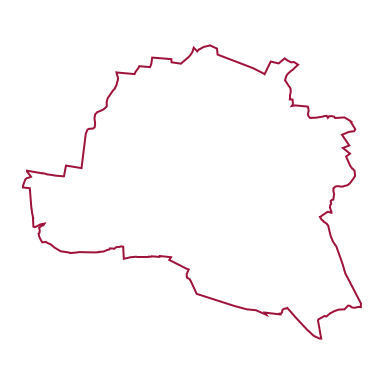 outline of Bacia, Hunedoara, Romania
{"feature_id": "2599482B44278673032594", "entity_name": "Bacia", "entity_type": "district", "adm_level": 2, "iso_a3": "ROU", "parent_name": "Romania", "parent_adm1": "Hunedoara", "projection": "equal_earth", "projection_center": [23.024, 45.805], "detail": "fine", "context": "isolated", "style": "outline", "palette": "rose", "viewbox_px": 384, "rotation_deg": 0, "n_neighbors": 0, "source": "geoboundaries", "source_scale": "gbopen_adm2", "svg_char_len": 4372}
<svg xmlns="http://www.w3.org/2000/svg" viewBox="0 0 384 384"><path d="M321.2,338.6L318.0,320.4L318.4,319.4L324.5,316.0L326.3,316.5L329.5,313.9L330.4,313.1L331.7,312.6L333.8,311.4L338.2,309.7L340.1,309.5L344.4,309.4L348.1,305.6L349.8,305.8L351.9,307.4L354.3,307.8L357.4,307.2L358.8,306.9L360.9,307.1L360.8,305.1L361.0,303.6L347.3,277.1L345.3,273.4L342.8,264.8L340.2,257.2L336.3,246.4L335.5,245.4L332.6,240.9L332.4,240.3L331.8,238.7L331.5,237.9L331.0,236.7L330.5,235.5L330.2,234.0L329.7,232.1L329.2,230.0L328.9,228.6L328.4,226.6L328.4,226.0L326.6,223.6L325.2,222.7L324.1,221.9L323.6,221.7L323.2,220.8L321.6,219.7L321.3,219.1L319.9,216.9L321.1,216.4L321.7,215.8L323.0,214.9L325.7,213.1L326.6,212.5L327.9,211.8L331.4,212.8L331.4,211.5L330.9,210.7L330.3,208.5L330.0,207.6L330.2,205.2L330.8,204.5L331.2,203.7L330.8,202.2L330.7,200.9L331.8,200.0L333.3,199.6L333.7,196.9L334.1,194.5L334.2,194.2L333.9,193.5L333.7,192.1L333.4,191.1L333.5,188.8L333.4,188.3L334.3,187.5L335.3,186.7L336.1,186.3L337.4,186.2L338.8,186.2L340.3,186.6L343.1,186.5L344.5,185.9L347.0,185.4L348.5,184.5L350.3,182.8L353.3,178.7L355.0,176.1L354.7,171.6L354.3,170.4L353.3,169.5L352.9,168.9L352.0,168.4L351.5,167.6L350.8,166.6L350.0,165.4L346.1,156.5L350.0,153.6L342.9,148.0L349.3,145.5L342.0,134.8L348.9,131.9L354.2,131.2L355.3,129.2L353.9,127.0L353.0,125.5L351.9,123.7L350.9,122.2L351.4,121.8L349.7,120.5L344.4,117.4L335.8,118.0L334.9,117.9L334.1,116.6L331.4,116.1L330.0,116.3L329.5,116.2L329.1,116.2L327.9,117.8L326.7,115.8L323.7,116.2L323.4,116.5L315.9,117.7L309.9,117.9L309.4,117.2L308.7,116.3L308.3,115.7L308.0,114.3L308.1,113.4L308.3,111.9L308.7,110.9L308.4,109.0L307.8,106.6L295.0,105.4L291.8,106.0L292.5,105.0L292.8,104.2L292.9,103.4L292.8,102.5L292.7,101.2L292.6,100.0L292.5,99.5L289.8,99.4L289.9,98.6L290.1,97.6L290.0,96.4L290.1,94.7L290.4,93.6L290.6,92.7L290.7,91.6L290.7,90.5L290.6,89.0L289.8,87.3L288.7,85.9L287.4,83.8L285.9,81.5L285.0,80.3L286.1,76.7L286.2,76.3L287.0,74.9L287.9,73.7L291.1,70.9L292.5,69.9L294.4,68.2L295.3,67.2L296.8,65.9L298.1,64.7L293.9,62.0L291.2,62.4L287.4,60.4L284.7,58.4L278.7,63.4L270.7,61.6L264.6,74.2L264.3,74.0L263.6,73.5L253.0,68.1L217.6,54.6L217.0,48.6L210.1,45.4L204.0,46.9L201.9,47.9L200.4,48.9L199.2,49.2L198.8,49.6L197.2,51.4L196.1,50.1L195.3,49.3L194.9,49.0L194.5,48.5L193.7,47.7L192.7,51.3L191.9,52.8L190.2,55.3L188.7,57.0L183.3,61.6L180.9,63.7L180.7,63.6L171.5,62.3L171.4,59.1L171.2,59.1L152.2,57.6L151.3,63.9L150.0,67.1L139.3,66.2L138.3,68.2L136.8,70.1L135.5,71.9L134.6,74.1L116.9,72.5L116.5,72.4L116.9,74.5L117.7,76.6L118.0,78.3L117.8,80.2L117.0,82.6L116.6,84.9L116.5,85.0L115.3,87.3L115.4,87.5L114.5,89.0L113.3,90.1L107.7,98.2L106.7,101.7L106.7,101.9L106.7,103.2L106.8,105.7L106.7,106.5L106.1,107.1L103.5,109.4L100.1,111.0L97.8,111.9L97.3,112.1L97.2,112.2L95.3,114.2L95.2,114.3L94.6,117.5L94.5,118.7L94.8,121.0L95.1,122.9L95.0,124.7L95.0,125.3L94.6,127.3L93.1,128.5L88.6,128.9L87.4,129.8L85.8,133.7L81.5,168.1L66.0,165.6L65.4,168.6L64.0,176.2L63.8,176.4L63.5,176.3L56.1,175.7L51.3,174.9L46.6,174.3L45.4,173.7L42.6,173.2L42.6,173.4L27.0,170.7L27.0,171.4L31.0,176.8L28.6,177.7L26.7,178.2L25.3,179.5L23.2,185.1L23.0,187.5L29.8,188.2L31.4,208.6L31.6,208.6L31.7,209.2L32.0,212.5L33.3,218.6L33.2,219.0L33.0,218.9L33.4,226.6L34.3,227.1L35.6,226.9L38.5,225.4L40.3,224.4L44.5,223.6L43.3,225.4L41.8,225.7L39.1,227.8L39.6,229.7L39.7,230.2L39.5,232.9L38.6,233.6L39.3,236.8L40.9,240.1L42.3,242.4L45.9,241.9L46.4,242.4L51.1,244.6L54.4,247.5L60.7,251.3L61.0,251.3L69.4,252.6L69.9,253.0L71.0,253.0L76.7,252.5L78.9,252.1L85.2,252.2L88.6,252.3L92.9,252.4L96.1,252.4L99.3,252.1L99.3,251.8L102.0,251.7L103.1,251.6L104.4,251.2L107.1,250.0L109.4,249.4L109.9,248.4L112.6,248.5L114.4,248.8L115.5,247.6L116.6,247.1L119.3,246.9L121.3,246.4L123.2,246.7L123.8,258.8L130.7,257.2L133.3,257.0L136.0,256.7L137.1,257.0L147.5,257.0L148.7,256.9L148.8,256.6L151.4,256.7L151.6,256.7L151.7,256.3L159.6,256.9L159.7,256.0L171.0,257.2L170.3,258.3L169.3,260.0L182.6,266.7L186.2,268.6L188.7,269.5L186.6,274.2L187.0,277.7L189.7,279.1L190.0,280.0L190.7,280.9L196.7,293.9L233.8,305.8L246.6,309.3L255.9,310.2L266.4,314.8L264.9,312.6L274.1,313.7L280.1,314.4L279.8,313.7L280.9,313.7L282.0,312.4L282.2,311.1L282.6,309.7L284.5,308.6L286.6,308.5L287.3,307.9L295.4,317.2L307.0,329.6L310.6,332.9L313.2,335.4L315.4,336.7L317.5,337.6L319.4,338.5L321.2,338.6Z" fill="none" stroke="#9f1239" stroke-width="2"/></svg>